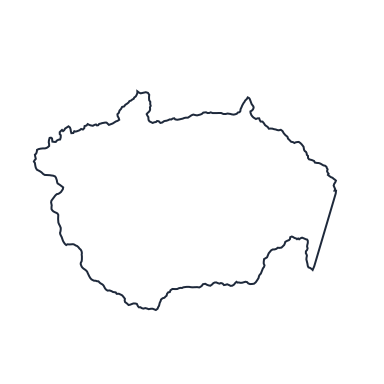 Conceição do Tocantins, Tocantins, Brazil (orthographic projection), rotated 71°
{"feature_id": "56859067B12744397035751", "entity_name": "Conceição do Tocantins", "entity_type": "district", "adm_level": 2, "iso_a3": "BRA", "parent_name": "Brazil", "parent_adm1": "Tocantins", "projection": "orthographic", "projection_center": [-47.324, -12.148], "detail": "fine", "context": "isolated", "style": "outline", "palette": "slate", "viewbox_px": 384, "rotation_deg": 71, "n_neighbors": 0, "source": "geoboundaries", "source_scale": "gbopen_adm2", "svg_char_len": 6020}
<svg xmlns="http://www.w3.org/2000/svg" viewBox="0 0 384 384"><g transform="rotate(71 192 192)"><path d="M120.7,108.5L121.9,109.9L122.8,111.9L124.0,113.2L124.7,114.3L125.6,115.3L126.6,116.4L128.0,117.6L129.5,119.1L131.3,120.0L132.0,121.1L131.8,122.8L132.6,124.2L132.6,125.7L132.4,127.4L131.6,129.0L130.7,130.3L129.4,132.8L129.2,134.9L128.4,137.0L126.8,138.7L124.1,146.8L122.8,148.4L122.9,149.9L122.4,151.6L121.2,152.8L120.6,155.5L121.3,157.0L121.5,158.5L121.4,160.1L121.2,162.3L120.3,163.9L119.2,165.6L119.3,167.5L119.9,169.7L120.4,171.7L119.7,173.6L119.5,175.3L119.6,176.8L119.2,180.6L118.9,182.4L117.9,184.2L116.5,184.8L116.3,186.4L116.7,188.0L116.1,189.4L116.3,191.3L116.3,193.0L116.0,194.3L116.0,195.7L116.6,197.4L116.4,199.4L114.3,200.4L113.5,201.9L114.1,203.3L113.8,204.9L113.9,206.7L111.4,209.2L109.9,209.6L108.7,209.4L107.0,208.9L105.3,209.3L103.6,209.5L102.8,208.2L102.1,206.5L101.2,205.3L100.0,204.6L98.2,204.2L97.1,203.0L95.3,202.9L93.2,202.1L91.2,202.6L89.4,202.1L87.9,201.6L86.2,200.8L83.9,201.4L82.6,203.2L82.0,208.4L80.8,209.7L79.0,210.9L80.6,211.4L82.0,212.6L83.3,214.0L83.9,215.9L84.9,216.8L85.1,218.3L85.7,219.9L85.7,221.6L86.7,222.8L87.4,224.8L87.8,226.6L89.0,228.3L88.8,230.4L90.3,232.0L91.4,234.0L93.3,235.4L94.2,237.2L96.0,237.6L98.2,237.2L100.0,237.3L100.5,239.2L100.5,241.0L101.4,244.7L101.5,248.7L98.6,250.2L98.1,251.4L97.6,254.6L97.6,256.2L97.4,257.6L98.3,258.9L98.1,260.2L96.9,260.8L96.8,262.4L97.1,264.2L96.1,266.0L95.1,267.3L93.8,268.5L94.8,270.1L94.7,272.1L96.6,273.1L97.4,274.8L96.3,276.3L97.0,278.2L97.1,280.9L97.0,282.4L96.2,283.5L97.6,285.0L97.1,286.9L95.2,286.8L93.2,286.4L91.3,286.4L89.7,287.4L90.7,291.3L92.0,292.8L92.4,294.1L91.0,294.7L91.6,296.1L92.4,297.6L94.2,298.2L95.6,297.6L97.7,298.4L99.4,299.6L99.1,301.3L99.4,303.1L100.3,304.5L99.8,305.9L98.9,307.6L95.8,306.9L94.7,307.7L94.5,309.0L95.6,309.8L96.9,310.6L98.5,311.3L100.2,311.5L102.0,312.1L102.7,313.8L103.0,315.2L102.9,316.8L102.2,318.9L101.7,321.2L101.5,323.1L101.7,324.8L103.5,325.7L104.9,326.8L105.6,328.4L107.6,328.7L109.8,328.9L110.8,330.6L111.7,331.6L113.4,331.1L116.2,331.6L118.2,331.8L120.4,331.4L122.8,329.1L124.4,327.9L126.6,326.8L127.9,325.7L129.8,321.0L130.5,319.7L131.4,317.9L132.7,316.4L134.1,316.0L135.4,316.0L137.0,316.0L138.4,316.3L140.1,316.3L141.4,315.3L142.4,314.5L145.7,312.3L147.3,313.2L149.3,315.8L150.0,317.8L150.2,319.2L150.0,320.6L150.8,322.4L154.4,327.7L155.9,328.6L159.0,329.0L160.4,329.7L162.4,330.4L163.8,330.1L165.2,329.4L166.6,328.1L167.5,327.1L168.5,326.2L170.1,325.9L174.0,327.4L177.4,328.3L179.2,328.2L181.1,327.9L183.3,327.8L185.1,328.5L186.6,329.3L187.7,330.1L189.2,330.3L190.9,330.1L192.2,329.9L196.1,329.9L197.8,329.6L199.6,329.1L201.2,328.2L200.9,326.8L201.7,324.9L202.6,321.5L203.4,320.4L204.7,319.4L205.6,318.3L207.1,317.4L208.9,316.8L210.3,316.0L212.1,315.7L213.9,316.0L215.3,316.7L216.8,317.0L218.3,317.5L220.2,318.2L221.7,319.0L222.5,320.0L223.8,320.7L225.4,320.7L226.8,320.6L228.1,320.1L229.3,319.4L230.6,318.4L231.9,317.6L233.2,317.1L234.7,317.0L238.2,316.6L240.2,316.2L241.9,315.5L242.9,314.6L243.9,313.6L244.6,311.9L245.5,310.8L246.0,309.5L247.7,308.8L249.1,307.8L250.2,306.8L251.6,306.1L254.8,305.6L256.2,305.1L257.7,304.0L258.3,301.9L259.5,300.4L260.8,299.3L262.1,296.8L263.7,296.4L264.4,294.3L265.8,292.8L267.1,291.6L269.0,290.9L271.1,290.2L272.7,291.0L274.3,291.1L275.6,290.2L276.7,289.5L278.2,288.8L278.4,287.4L278.3,283.8L278.8,282.2L279.8,280.6L282.4,280.3L283.8,279.7L284.2,278.2L285.3,277.5L286.4,276.0L286.6,273.9L287.6,272.4L288.7,271.1L289.0,268.9L289.5,267.3L291.8,264.6L291.2,262.6L289.8,261.4L288.8,260.2L286.3,258.6L284.8,257.1L283.6,256.3L282.9,254.4L283.0,252.5L282.2,251.0L281.8,249.8L280.1,248.7L279.1,247.1L279.4,245.6L277.9,244.3L277.3,242.1L278.5,239.0L278.9,237.5L278.7,235.7L278.9,234.1L279.5,232.7L279.3,231.3L279.6,229.6L280.0,227.8L280.7,225.7L281.4,224.5L282.2,222.8L283.6,218.1L284.6,216.2L284.4,214.8L283.9,213.2L282.8,211.8L282.9,210.5L283.2,209.2L284.3,208.4L285.5,207.0L286.6,205.2L286.0,203.2L285.1,201.4L285.0,199.8L285.4,198.5L286.7,197.1L287.6,195.8L287.5,194.3L288.5,192.9L290.4,192.1L290.7,190.3L290.7,188.8L292.0,187.3L293.3,186.1L293.7,184.4L293.2,182.4L292.2,180.9L291.4,179.2L292.5,178.4L292.8,177.1L293.6,175.9L294.1,174.2L294.2,172.3L294.3,170.6L295.2,169.2L296.7,168.6L297.9,167.2L298.5,165.3L298.9,163.2L298.1,161.1L297.0,159.6L296.0,158.3L294.9,157.0L293.4,156.1L292.2,154.8L291.6,153.5L287.3,149.8L286.3,148.3L284.9,147.3L283.1,147.5L281.6,147.0L278.9,145.7L278.2,142.3L274.9,139.4L272.9,136.1L272.6,134.4L273.2,132.5L273.2,130.7L272.6,129.1L273.3,127.6L273.7,125.5L272.1,122.1L271.0,121.1L269.5,120.0L269.1,117.8L269.1,116.1L268.4,114.7L266.7,113.8L266.6,112.1L267.7,110.9L268.8,110.1L269.7,108.8L270.8,108.1L270.5,106.8L271.6,106.1L271.1,104.6L271.0,102.8L272.4,101.2L273.7,99.8L274.5,98.6L275.9,98.4L277.9,99.1L279.7,100.3L281.2,101.0L282.8,101.0L284.2,102.0L285.2,103.6L287.0,104.3L288.3,104.0L289.7,104.1L291.2,105.0L292.9,105.8L297.3,106.2L299.6,106.6L301.2,106.4L302.3,105.0L303.8,103.9L305.0,103.3L302.0,100.6L240.2,56.6L237.7,55.4L237.1,56.8L235.9,55.7L232.1,56.0L230.5,54.8L229.5,53.4L228.1,52.2L226.8,52.9L225.6,53.8L224.3,54.5L223.2,55.8L221.4,57.1L220.1,57.9L219.3,56.9L217.9,57.4L216.2,57.5L214.7,56.4L213.4,56.7L211.9,56.7L210.4,57.7L209.6,59.1L207.0,61.3L205.9,62.7L205.2,64.4L204.2,66.2L202.4,66.5L200.8,68.3L199.2,70.7L197.6,71.2L195.6,70.6L194.3,71.3L192.6,71.0L191.1,71.2L190.1,72.0L188.6,72.3L185.5,71.8L182.6,72.8L180.8,73.7L179.4,74.8L179.0,76.4L178.8,77.9L179.0,79.2L177.7,80.3L176.8,81.9L174.0,83.2L172.7,83.9L171.3,83.7L170.1,84.2L168.8,85.1L166.4,86.1L163.8,86.6L162.1,87.8L161.9,89.9L161.2,91.2L160.2,92.4L159.3,94.0L158.2,95.5L157.5,97.3L157.2,98.7L155.1,99.3L153.8,100.3L152.4,101.2L150.5,101.6L148.4,102.4L147.7,104.2L146.2,104.5L144.2,104.5L143.7,106.0L143.8,107.8L141.6,109.6L140.2,110.3L138.6,110.8L136.2,110.9L134.8,110.5L134.6,109.1L133.8,107.5L132.4,106.3L131.1,106.1L129.5,106.6L128.2,107.0L123.1,107.1L121.9,107.4L120.7,108.5Z" fill="none" stroke="#1e293b" stroke-width="2"/></g></svg>